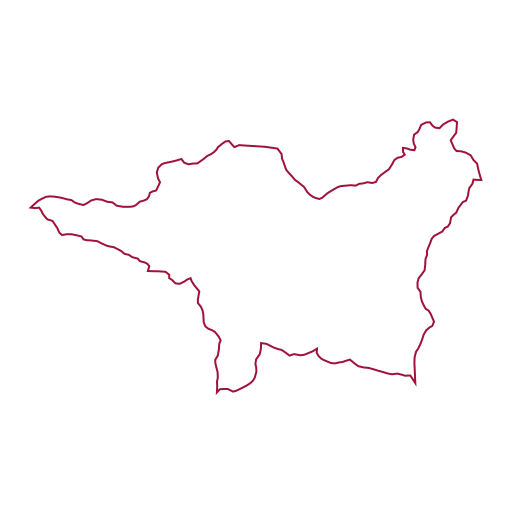 outline of São Simão, São Paulo, Brazil
{"feature_id": "56859067B82998923442878", "entity_name": "São Simão", "entity_type": "district", "adm_level": 2, "iso_a3": "BRA", "parent_name": "Brazil", "parent_adm1": "São Paulo", "projection": "orthographic", "projection_center": [-47.581, -21.467], "detail": "fine", "context": "isolated", "style": "outline", "palette": "rose", "viewbox_px": 512, "rotation_deg": 0, "n_neighbors": 0, "source": "geoboundaries", "source_scale": "gbopen_adm2", "svg_char_len": 3799}
<svg xmlns="http://www.w3.org/2000/svg" viewBox="0 0 512 512"><path d="M448.0,121.6L443.1,124.5L439.5,128.2L435.2,127.6L432.5,125.7L430.0,122.3L426.3,122.4L421.2,124.8L419.2,129.5L417.6,132.2L414.1,134.6L413.2,139.7L413.8,143.6L415.5,147.2L414.4,150.2L410.3,149.7L407.1,148.5L402.9,147.9L403.1,152.0L404.7,154.7L401.3,157.0L397.5,157.8L394.3,160.1L392.1,164.3L388.9,169.3L384.1,172.7L380.7,175.3L378.0,178.0L375.9,182.0L372.1,183.0L367.5,182.2L363.1,183.4L359.3,183.8L355.8,185.6L350.8,185.2L345.3,185.7L340.6,186.1L337.4,187.3L334.7,188.8L331.0,191.0L327.5,193.2L324.3,195.9L322.1,197.8L319.3,199.0L316.1,198.1L313.0,196.9L310.2,194.9L307.4,192.2L304.0,186.9L301.0,184.5L298.4,182.3L295.1,180.0L291.9,176.2L289.5,173.7L286.3,169.9L284.6,165.4L283.3,161.5L282.0,158.6L281.6,154.1L277.5,148.6L265.2,146.8L242.8,145.4L239.3,145.1L234.3,147.1L231.6,144.1L228.9,141.0L225.4,141.5L222.2,143.7L218.0,147.1L216.4,149.7L214.2,151.9L211.0,154.2L207.3,155.9L203.8,158.8L200.5,161.2L197.3,163.4L192.4,163.6L188.5,164.3L184.2,162.7L181.4,159.0L176.4,160.5L172.8,161.4L164.4,163.2L161.7,164.3L158.2,167.8L156.8,172.4L158.0,178.3L160.0,182.2L158.3,186.0L156.1,190.5L152.7,191.4L149.9,192.8L149.1,196.1L146.9,199.2L144.1,200.5L139.7,201.7L135.7,205.3L132.7,206.5L129.1,206.8L123.1,206.8L116.7,205.7L112.5,202.4L107.0,201.7L101.8,199.7L96.1,199.1L91.1,200.5L87.3,203.1L83.4,205.0L78.3,203.8L74.8,202.5L71.4,200.1L67.0,199.3L61.9,197.9L58.2,197.2L53.9,196.6L49.6,196.4L46.1,196.8L42.2,198.6L38.2,200.8L35.1,203.5L30.7,207.6L34.8,208.1L39.2,207.7L41.2,210.6L42.8,213.9L44.9,216.6L47.3,219.3L52.6,221.0L54.7,224.2L57.5,228.4L59.3,232.6L61.9,235.0L67.3,234.2L71.7,234.3L76.8,235.3L81.5,236.5L83.5,239.4L86.6,240.2L90.6,240.4L97.4,241.2L101.2,243.2L106.4,245.6L110.2,246.6L113.7,247.1L121.0,250.9L124.6,253.9L128.8,254.8L132.1,257.1L137.8,258.6L139.9,261.2L144.4,262.3L147.5,263.9L149.3,266.2L147.9,271.0L151.8,271.2L158.9,271.3L165.5,271.8L169.2,274.7L169.2,278.1L172.0,279.9L175.5,283.4L179.7,283.8L184.4,281.5L187.3,279.5L190.6,278.2L191.6,281.1L194.3,285.3L199.3,291.4L197.9,299.4L197.9,303.0L200.9,306.7L202.6,310.6L203.3,314.0L203.7,322.3L205.3,326.3L208.3,328.7L212.3,330.3L215.1,332.1L219.0,337.0L220.6,340.4L219.2,343.9L219.0,348.7L217.8,355.5L215.2,359.9L215.4,363.5L216.4,367.5L217.6,372.1L217.8,377.5L217.0,381.7L217.2,386.8L216.9,392.4L220.0,389.2L223.6,389.0L227.8,389.0L233.1,391.6L236.4,390.7L241.9,388.0L246.7,385.5L250.7,382.9L252.9,380.7L254.7,377.8L256.4,371.7L256.2,367.4L255.4,363.9L256.1,359.4L259.7,354.3L260.9,348.9L261.1,343.1L266.6,343.9L273.6,347.5L277.8,349.0L281.6,349.9L286.0,352.9L289.5,355.6L294.1,354.1L300.5,355.3L304.1,354.8L307.6,353.4L312.5,351.4L317.0,348.7L316.7,352.8L318.6,356.1L321.3,358.7L324.1,360.2L331.2,363.1L334.9,363.4L339.4,362.4L342.6,362.0L345.9,360.8L349.9,359.6L354.7,363.5L358.3,366.2L364.0,367.5L368.7,367.9L375.6,369.9L379.1,371.0L383.0,372.0L387.7,373.5L392.0,374.3L397.2,373.6L401.8,374.7L404.9,375.7L410.3,375.5L415.3,383.1L414.4,362.5L414.6,357.3L416.0,351.8L418.2,348.6L420.2,344.4L422.1,339.6L423.7,334.6L426.2,330.3L429.6,327.4L432.3,325.9L434.0,321.7L430.6,313.7L428.5,310.5L425.7,308.8L423.8,305.4L421.9,301.4L420.8,297.1L420.5,291.9L417.6,287.8L417.5,282.5L418.6,278.3L421.4,274.8L424.6,270.3L425.2,265.1L425.5,259.1L427.1,254.8L426.9,251.1L428.5,247.0L430.0,243.5L431.7,238.8L434.0,236.0L438.1,233.8L442.3,231.5L444.9,227.8L447.7,226.7L450.0,223.3L451.1,217.3L453.5,214.9L456.2,212.7L458.5,207.7L462.8,202.1L466.1,200.6L468.0,195.5L468.5,191.9L469.3,188.0L472.5,183.7L473.5,179.6L477.5,179.9L481.3,180.0L480.1,176.1L478.5,170.3L477.1,163.7L473.4,159.9L470.7,155.3L465.7,152.6L461.3,151.3L456.5,151.0L454.2,148.4L450.7,140.3L453.4,136.5L456.2,132.8L456.6,128.4L457.0,122.1L453.0,119.6L448.0,121.6Z" fill="none" stroke="#9f1239" stroke-width="2"/></svg>